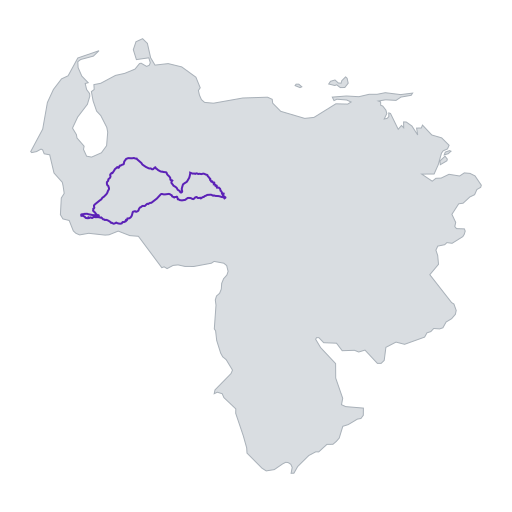 Barinas highlighted on a map of Venezuela
{"feature_id": "VEN-26", "entity_name": "Barinas", "entity_type": "State", "adm_level": 1, "iso_a3": "VEN", "parent_name": "Venezuela", "parent_adm1": "", "projection": "robinson", "projection_center": [-69.659, 8.155], "detail": "fine", "context": "in_parent", "style": "outline", "palette": "violet", "viewbox_px": 512, "rotation_deg": 0, "n_neighbors": 0, "source": "natural_earth", "source_scale": "10m", "svg_char_len": 9426}
<svg xmlns="http://www.w3.org/2000/svg" viewBox="0 0 512 512"><path d="M475.0,175.9L481.3,185.2L480.7,187.3L476.9,189.5L474.6,194.7L469.8,197.0L463.1,203.2L458.7,203.8L451.9,214.3L455.7,222.4L454.8,226.6L456.5,228.6L464.4,228.9L465.2,231.1L464.2,234.4L462.8,236.6L452.1,243.3L446.9,242.6L444.7,244.7L437.8,246.1L435.9,250.1L437.7,255.5L438.5,264.3L429.8,274.7L451.6,302.6L453.9,304.0L456.2,310.4L455.4,314.3L451.6,318.7L446.1,322.0L442.9,327.8L439.6,328.9L433.7,328.5L430.8,331.6L427.0,332.8L424.6,337.1L404.6,344.3L396.0,342.1L385.9,347.3L384.2,360.4L381.1,363.4L377.4,363.4L365.0,350.1L358.7,352.0L354.5,350.3L342.2,350.7L336.5,343.2L323.7,342.7L318.8,337.6L316.6,337.6L315.6,339.2L320.6,347.6L335.6,363.6L335.7,378.1L342.7,398.3L341.5,404.7L345.6,406.6L363.4,408.1L363.3,415.3L360.9,418.5L357.4,419.1L348.2,424.6L342.8,426.3L339.2,438.1L336.2,441.5L332.9,444.3L326.9,444.4L318.7,451.9L315.8,451.8L308.8,455.5L297.7,466.5L293.9,473.2L291.1,473.3L292.2,467.4L290.8,464.3L288.2,462.6L285.7,462.3L282.6,463.9L274.3,469.6L266.2,470.9L262.0,468.2L247.0,453.1L246.7,447.9L243.3,435.8L235.7,413.3L235.8,408.9L223.9,397.6L222.2,393.7L217.3,392.2L214.2,393.7L215.0,389.9L231.0,373.6L232.5,370.1L226.2,359.7L222.7,356.8L220.7,353.2L216.7,340.5L215.6,330.8L214.3,328.9L216.0,305.2L215.3,300.0L216.5,296.0L219.6,293.3L221.3,289.1L221.7,283.4L223.6,278.7L226.9,275.0L228.1,271.4L226.7,265.6L223.8,263.2L214.1,261.4L211.4,263.2L193.7,266.5L184.8,266.4L178.1,264.9L173.1,265.4L167.1,268.6L164.1,266.8L161.8,267.7L138.4,236.3L129.8,235.6L118.2,231.1L109.0,234.8L105.1,235.1L88.7,233.3L79.6,234.9L75.9,233.3L73.3,230.9L69.2,220.5L62.9,218.9L60.4,214.7L61.3,198.0L64.2,193.4L63.1,185.9L62.3,182.3L54.0,173.0L49.7,154.8L44.2,153.8L42.6,149.8L41.0,149.1L36.5,151.6L31.7,152.6L30.7,151.6L42.7,129.1L47.4,102.5L53.4,89.5L61.5,78.9L68.1,75.8L77.8,58.0L99.0,50.7L93.4,56.1L80.7,59.5L77.8,61.7L78.1,67.6L81.8,76.1L88.2,82.7L85.2,83.5L86.6,89.5L89.6,93.6L89.8,96.2L87.4,104.3L77.7,117.0L72.5,128.1L76.4,134.6L77.0,138.0L84.1,146.2L83.5,149.4L86.6,156.2L91.6,157.1L101.4,152.8L106.6,145.7L107.7,132.2L106.8,127.4L100.8,115.6L96.6,111.1L93.1,100.9L91.4,91.6L94.2,89.5L93.9,84.6L100.7,83.3L115.5,75.4L124.6,73.4L135.0,69.1L139.5,63.6L141.1,63.2L146.6,66.4L149.2,65.3L150.3,62.8L148.8,57.8L136.4,59.6L133.3,49.7L136.0,41.7L142.6,38.7L147.4,43.4L150.6,57.7L155.0,65.1L168.2,63.6L181.7,66.9L195.9,77.2L200.2,87.8L198.4,90.5L199.4,95.0L201.4,99.6L204.6,102.4L213.5,103.2L242.8,98.0L267.5,97.2L272.2,99.3L272.7,103.2L280.7,111.3L304.7,118.4L314.0,117.4L335.9,103.8L347.7,104.1L351.1,102.0L346.7,100.0L336.9,99.2L334.0,100.6L332.3,97.1L346.4,96.0L358.9,96.7L369.1,94.3L377.1,94.3L385.3,92.7L400.6,94.6L412.6,93.1L411.2,95.3L400.9,97.1L396.0,100.4L385.6,99.8L378.3,101.0L380.6,101.9L380.7,105.3L382.7,106.0L385.9,110.1L386.8,113.6L384.2,119.0L387.1,118.4L388.8,116.7L388.8,112.9L390.5,113.5L398.2,129.3L401.5,125.5L403.7,127.8L403.6,121.9L406.2,122.0L411.9,126.0L417.7,135.0L416.6,128.1L421.3,128.0L422.5,125.1L431.8,135.0L441.7,137.9L449.1,145.3L447.5,148.9L443.2,150.8L441.5,153.1L438.2,164.8L434.1,174.0L421.7,174.1L432.2,181.2L435.9,178.3L441.1,178.1L449.0,174.3L459.6,176.0L464.3,172.9L470.0,173.4L475.0,175.9ZM347.1,78.3L348.2,83.2L344.8,87.5L340.3,87.6L336.7,84.8L334.8,85.5L328.7,84.0L330.5,81.3L335.0,80.0L338.3,83.0L341.1,83.2L341.8,80.7L345.6,76.9L347.1,78.3ZM446.9,160.8L440.3,164.7L440.0,160.9L445.0,156.2L447.3,159.1L446.9,160.8ZM301.8,86.8L300.0,87.6L295.1,85.6L296.1,84.2L298.8,84.2L301.8,86.8ZM448.2,153.7L444.2,154.9L445.3,152.1L449.5,150.6L451.0,151.2L448.2,153.7Z" fill="#d9dde1" stroke="#a8b0b8" stroke-width="1"/><path d="M208.1,176.4L209.1,177.6L209.5,178.2L210.2,178.7L210.2,179.0L210.0,179.5L210.1,179.9L210.5,180.0L210.8,180.6L210.9,181.0L211.2,181.4L211.4,181.7L211.6,181.7L212.1,181.4L212.3,181.4L212.4,181.6L212.5,182.2L213.2,182.7L213.5,182.7L213.9,182.5L214.1,182.5L214.3,182.8L214.2,183.3L214.0,183.7L213.9,184.3L214.1,184.3L214.3,184.1L214.5,184.2L214.7,184.3L214.9,184.6L215.3,184.8L215.3,185.1L215.3,185.7L215.4,185.8L215.9,185.9L216.0,186.1L216.2,186.3L216.4,185.8L216.4,185.6L216.6,185.6L216.8,185.9L216.8,186.2L216.9,187.5L217.0,187.7L218.8,187.6L219.0,187.8L220.1,188.8L220.5,190.4L220.6,190.8L221.0,191.0L221.5,191.6L221.8,192.4L221.9,193.1L222.3,193.0L223.0,193.5L223.5,193.6L223.3,194.0L223.4,194.4L223.5,194.7L223.5,194.9L222.7,194.7L222.8,194.9L223.5,195.7L223.9,196.9L224.2,197.3L224.9,197.0L225.4,197.4L225.3,197.8L224.5,198.3L224.4,198.1L223.7,197.5L222.9,197.2L222.6,196.8L222.5,196.7L221.7,197.0L221.0,196.8L220.3,196.5L218.6,196.1L215.4,195.9L213.9,195.4L213.2,195.7L212.4,195.4L211.7,194.9L210.8,194.7L207.5,194.9L206.9,195.1L205.7,195.8L204.7,196.1L204.0,196.7L203.7,197.0L202.5,197.2L201.5,198.0L200.8,198.4L200.4,198.2L200.2,197.8L199.4,197.9L198.6,198.0L197.9,198.0L197.0,197.4L196.8,197.1L196.5,197.0L195.8,197.2L195.1,197.5L194.0,198.7L193.2,199.1L192.3,198.9L191.0,198.2L190.3,198.0L188.2,197.9L187.7,198.0L186.0,199.2L185.5,199.7L185.0,199.9L181.9,200.4L179.8,200.1L178.5,199.3L178.4,199.3L178.0,199.3L177.9,199.3L177.8,199.2L177.9,198.7L177.4,197.9L177.2,197.5L177.2,197.1L177.0,196.8L176.7,196.7L176.2,197.0L174.9,197.0L174.7,197.1L174.4,197.4L174.2,197.5L173.5,197.0L172.3,196.5L172.1,196.3L171.8,195.4L171.6,195.2L170.9,194.9L169.7,194.1L168.9,193.9L165.0,194.4L163.7,194.4L162.1,194.0L161.3,194.0L160.6,194.5L156.8,198.6L151.6,202.6L151.0,202.9L150.1,202.9L149.7,203.1L148.6,203.7L148.2,204.0L147.8,203.8L147.3,203.8L146.8,204.1L145.3,205.5L144.9,205.9L144.4,206.0L142.8,205.9L142.3,206.0L140.8,207.2L140.3,207.3L139.8,207.7L139.3,208.4L138.8,209.3L138.6,210.1L138.3,210.7L137.5,211.3L136.6,211.6L136.1,211.8L135.8,211.7L135.3,211.3L135.0,211.2L134.6,211.3L133.1,211.7L132.7,212.2L132.0,215.0L131.4,216.4L130.5,217.5L129.3,218.3L128.6,218.4L127.9,218.4L127.4,218.5L127.2,219.1L127.1,219.9L126.7,220.3L126.7,220.2L126.0,220.0L125.8,220.6L125.0,221.5L124.5,221.9L123.9,222.1L123.0,222.0L122.6,222.1L121.7,223.4L120.5,223.7L119.0,223.6L117.4,223.2L116.2,222.6L115.7,223.0L114.2,223.6L113.6,223.7L112.9,223.4L112.3,223.0L111.7,222.7L111.2,222.9L110.0,221.7L108.7,220.9L107.4,220.2L106.0,219.8L105.1,220.0L104.6,219.9L104.2,219.5L103.9,219.4L103.1,219.3L102.6,218.8L101.9,218.0L101.1,217.4L100.5,217.7L99.3,217.3L98.1,217.1L95.6,217.2L94.3,217.0L93.7,217.0L92.9,217.4L92.6,217.8L92.1,218.0L91.7,217.9L91.0,217.5L90.6,217.4L90.3,217.5L89.6,217.9L89.2,218.0L88.7,217.5L88.5,217.4L88.4,217.8L88.1,218.2L87.4,218.2L86.0,218.0L85.6,217.8L85.2,217.4L84.7,216.7L82.4,215.7L81.8,215.6L81.4,215.8L81.2,215.3L81.2,215.1L81.2,214.7L81.3,214.5L81.5,214.4L81.9,214.3L82.7,214.2L83.2,214.2L83.6,214.2L84.2,213.9L86.4,213.8L87.2,213.8L88.6,214.3L91.0,214.7L92.5,215.1L93.8,215.1L94.2,215.1L94.6,215.2L96.7,216.0L97.4,216.2L98.0,216.1L98.3,216.1L98.8,215.8L98.8,215.7L98.7,215.4L98.5,215.2L97.6,215.1L97.2,215.0L96.8,214.7L96.0,214.0L95.7,213.4L95.3,213.1L94.9,212.4L94.2,211.9L93.6,211.2L93.2,210.9L93.1,210.7L93.3,209.4L93.3,208.7L94.0,208.3L94.2,208.0L94.3,207.5L94.0,206.4L94.0,205.4L95.1,204.2L99.8,200.4L101.0,199.6L101.4,199.2L102.2,198.0L102.5,197.6L103.8,196.8L106.4,194.2L107.4,192.6L107.8,191.2L108.5,190.0L108.9,189.3L109.0,188.9L109.0,188.4L109.0,188.1L108.7,187.4L108.5,186.5L108.4,186.2L108.1,185.7L107.5,185.4L107.3,185.1L106.9,183.9L106.9,183.5L106.9,182.5L106.9,182.2L107.1,181.9L107.9,181.1L108.2,180.7L108.2,180.2L108.3,179.6L108.4,179.4L108.5,179.1L108.9,178.8L109.7,178.1L110.1,177.6L110.4,176.8L110.5,176.4L110.5,176.0L110.2,175.3L110.2,174.8L110.4,174.3L110.7,174.0L111.6,173.0L111.8,172.9L112.1,173.0L112.4,173.1L114.4,170.2L114.5,169.8L114.8,169.3L115.2,168.9L116.0,168.3L117.1,167.2L117.7,167.1L117.9,167.3L118.0,167.7L118.2,167.8L118.5,167.8L118.7,167.7L119.0,167.4L119.6,165.9L119.9,165.6L120.2,165.5L120.6,165.6L120.8,165.5L121.7,165.0L122.2,164.7L122.9,164.5L123.5,164.3L123.7,164.1L123.8,163.8L124.1,162.3L124.2,161.7L124.9,160.6L125.3,160.2L125.7,159.5L126.2,158.9L128.0,158.2L128.5,158.1L131.1,158.3L132.9,158.2L133.7,158.0L134.3,158.1L134.9,158.4L135.6,158.6L136.7,158.6L137.0,159.2L141.4,163.0L142.2,164.3L142.6,164.7L145.8,166.9L148.7,168.3L149.5,168.5L150.3,168.4L151.1,168.6L151.8,169.2L152.5,169.3L153.0,169.2L153.3,169.0L154.0,168.3L154.4,167.9L154.7,167.6L154.9,167.5L155.3,167.3L155.5,167.5L156.0,168.5L156.9,169.0L158.1,170.1L160.5,171.4L161.1,171.6L161.7,171.7L162.7,171.7L162.9,171.9L163.3,172.0L165.4,172.2L166.0,172.3L166.3,172.4L166.5,172.6L167.0,174.0L167.4,174.6L167.6,174.9L169.4,176.6L170.2,177.8L170.3,178.3L170.3,179.2L170.6,180.0L170.8,180.1L171.0,180.2L171.7,180.2L172.0,180.3L172.3,180.6L172.2,180.7L171.8,181.3L171.6,181.6L171.5,182.0L171.4,182.4L171.4,182.6L171.5,183.0L171.8,183.4L173.0,184.9L173.3,185.5L173.5,185.7L175.2,186.7L176.5,187.7L176.7,187.9L177.0,188.5L177.7,189.7L178.2,190.1L179.7,191.0L179.9,191.2L180.0,191.4L180.2,192.1L180.5,192.4L180.9,192.5L181.3,192.5L181.5,192.4L181.8,192.2L182.0,191.9L182.2,191.2L182.1,190.8L181.8,189.5L181.7,189.1L182.2,187.0L182.9,184.7L183.2,184.2L184.9,183.0L186.7,181.9L187.5,180.7L189.2,177.8L189.6,176.4L189.9,175.2L190.0,174.5L190.2,173.9L190.2,173.2L190.2,172.7L192.6,173.6L193.0,173.6L194.2,173.5L195.2,173.9L195.5,173.8L196.1,173.4L196.4,173.4L196.9,173.4L197.7,173.8L198.4,174.0L199.1,173.8L199.6,173.8L201.4,174.1L201.8,174.0L202.9,173.7L203.8,173.7L204.4,173.9L206.2,174.7L206.9,174.8L207.2,175.0L207.4,175.1L207.6,175.8L207.8,176.2L208.1,176.4Z" fill="none" stroke="#5b21b6" stroke-width="2"/></svg>